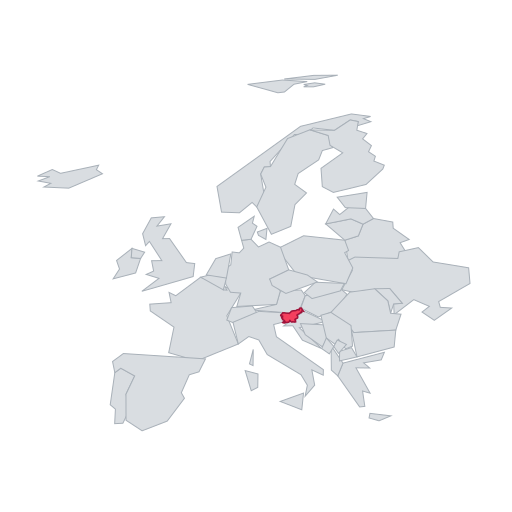 Europe, with Slovenia highlighted, rotated 355°
{"feature_id": "SVN", "entity_name": "Slovenia", "entity_type": "country or territory", "adm_level": 0, "iso_a3": "SVN", "parent_name": "Europe", "parent_adm1": "", "projection": "equal_earth", "projection_center": [14.844, 46.146], "detail": "fine", "context": "in_parent", "style": "filled", "palette": "rose", "viewbox_px": 512, "rotation_deg": 355, "n_neighbors": 37, "source": "natural_earth", "source_scale": "50m", "svg_char_len": 9022}
<svg xmlns="http://www.w3.org/2000/svg" viewBox="0 0 512 512"><g transform="rotate(355 256 256)"><path d="M262.6,84.3L297.6,83.0L322.2,86.7L308.8,88.2L298.6,95.1L292.0,95.3L262.6,84.3ZM382.1,132.2L367.7,135.2L369.6,131.0L361.7,128.7L345.1,137.7L324.0,133.4L316.2,139.2L304.9,138.3L278.2,163.1L278.2,168.2L272.0,168.1L267.8,174.8L269.6,197.3L261.0,207.2L256.8,202.3L243.3,211.5L225.5,209.3L223.2,183.3L311.7,130.7L363.4,122.8L382.3,127.0L375.0,128.5L382.1,132.2ZM353.2,83.0L330.0,85.2L299.6,82.1L329.1,81.1L353.2,83.0ZM339.9,90.9L327.9,92.5L318.2,91.6L321.9,90.6L318.5,89.3L329.6,88.6L339.9,90.9Z" fill="#d9dde1" stroke="#a8b0b8" stroke-width="1"/><path d="M199.0,272.3L237.6,291.6L221.7,313.0L230.7,342.1L187.8,355.3L160.6,344.7L168.1,319.7L145.9,301.5L146.0,294.7L167.4,295.1L166.2,284.7L172.6,288.6L199.0,272.3ZM240.1,362.9L245.1,348.8L243.5,364.9L240.1,362.9Z" fill="#d9dde1" stroke="#a8b0b8" stroke-width="1"/><path d="M261.0,207.2L271.9,188.3L267.8,174.8L272.0,168.1L278.2,168.2L297.7,141.7L320.6,135.0L338.4,142.2L341.7,154.8L331.3,156.7L326.8,165.7L305.2,177.5L300.8,188.0L311.8,197.6L299.3,208.2L293.2,229.5L273.2,235.7L261.0,207.2Z" fill="#d9dde1" stroke="#a8b0b8" stroke-width="1"/><path d="M376.3,228.9L395.2,234.1L395.1,240.3L410.0,252.9L400.7,255.3L405.0,263.8L397.1,270.8L347.3,268.5L345.8,248.0L359.7,244.9L365.4,233.6L376.3,228.9Z" fill="#d9dde1" stroke="#a8b0b8" stroke-width="1"/><path d="M435.1,323.2L446.4,324.9L428.0,335.6L416.5,326.3L424.3,321.3L409.4,313.2L388.5,326.5L389.0,315.7L397.6,315.9L386.3,300.0L359.0,303.5L338.5,297.1L350.7,278.8L347.3,268.5L354.4,265.7L397.1,270.8L399.0,264.3L418.5,261.8L431.9,277.4L466.8,286.3L466.8,302.0L434.0,317.3L435.1,323.2Z" fill="#d9dde1" stroke="#a8b0b8" stroke-width="1"/><path d="M345.8,248.0L348.7,258.6L344.6,260.4L351.4,276.3L343.2,291.5L295.6,278.8L280.8,256.1L281.2,249.4L305.2,240.0L345.8,248.0Z" fill="#d9dde1" stroke="#a8b0b8" stroke-width="1"/><path d="M301.6,299.9L294.7,313.4L284.6,315.8L247.0,309.4L272.2,306.0L277.2,292.9L298.1,293.8L301.6,299.9Z" fill="#d9dde1" stroke="#a8b0b8" stroke-width="1"/><path d="M338.5,297.1L343.3,302.1L331.5,316.9L312.8,322.2L296.1,311.8L301.6,299.9L338.5,297.1Z" fill="#d9dde1" stroke="#a8b0b8" stroke-width="1"/><path d="M371.4,299.0L386.3,300.0L397.6,315.9L389.0,315.7L385.1,324.8L383.4,312.2L371.4,299.0Z" fill="#d9dde1" stroke="#a8b0b8" stroke-width="1"/><path d="M385.1,324.8L395.4,326.6L388.8,342.0L346.7,340.8L325.7,318.7L346.3,300.2L371.4,299.0L383.4,312.2L385.1,324.8Z" fill="#d9dde1" stroke="#a8b0b8" stroke-width="1"/><path d="M365.4,233.6L359.7,244.9L345.8,248.0L328.2,230.1L353.8,227.3L365.4,233.6Z" fill="#d9dde1" stroke="#a8b0b8" stroke-width="1"/><path d="M369.3,218.2L376.3,228.9L365.4,233.6L353.8,227.3L328.2,230.1L337.3,216.0L343.0,222.0L354.8,214.2L369.3,218.2Z" fill="#d9dde1" stroke="#a8b0b8" stroke-width="1"/><path d="M372.2,202.3L369.3,218.2L349.2,215.6L342.0,204.5L372.2,202.3Z" fill="#d9dde1" stroke="#a8b0b8" stroke-width="1"/><path d="M281.2,249.4L287.4,272.7L267.6,280.2L277.2,292.9L272.2,306.0L232.5,304.6L237.6,291.6L227.4,289.9L223.4,281.5L223.9,266.0L230.1,262.7L232.6,249.9L239.6,251.4L244.5,247.1L243.0,239.1L252.5,238.9L259.2,247.2L270.2,243.2L281.2,249.4Z" fill="#d9dde1" stroke="#a8b0b8" stroke-width="1"/><path d="M344.4,336.8L346.7,340.8L388.8,342.0L385.7,358.7L347.8,365.3L344.4,336.8Z" fill="#d9dde1" stroke="#a8b0b8" stroke-width="1"/><path d="M376.4,427.0L364.2,430.9L354.5,427.2L355.8,422.7L376.4,427.0ZM333.3,370.3L375.5,363.1L371.7,370.4L353.9,371.8L359.5,377.5L345.8,376.1L357.7,402.6L350.4,399.8L351.3,415.3L346.1,415.4L327.0,382.5L333.3,370.3Z" fill="#d9dde1" stroke="#a8b0b8" stroke-width="1"/><path d="M333.3,370.3L327.0,382.5L321.1,376.2L323.0,351.9L333.3,370.3Z" fill="#d9dde1" stroke="#a8b0b8" stroke-width="1"/><path d="M298.8,315.1L319.8,327.2L292.9,331.2L313.4,354.0L294.9,343.9L286.6,328.7L277.4,328.1L298.8,315.1Z" fill="#d9dde1" stroke="#a8b0b8" stroke-width="1"/><path d="M248.0,305.5L253.3,315.3L230.3,322.0L221.3,317.3L227.2,305.3L248.0,305.5Z" fill="#d9dde1" stroke="#a8b0b8" stroke-width="1"/><path d="M221.5,281.8L224.1,287.5L220.5,286.9L221.5,281.8Z" fill="#d9dde1" stroke="#a8b0b8" stroke-width="1"/><path d="M224.6,275.4L220.5,286.9L199.0,272.3L216.6,269.4L224.6,275.4Z" fill="#d9dde1" stroke="#a8b0b8" stroke-width="1"/><path d="M231.1,251.7L224.6,275.4L204.8,270.5L215.7,255.1L231.1,251.7Z" fill="#d9dde1" stroke="#a8b0b8" stroke-width="1"/><path d="M105.2,359.9L111.5,356.0L124.7,364.9L114.4,382.4L116.4,398.3L108.8,411.0L100.6,410.7L102.6,396.3L97.8,391.5L105.2,359.9Z" fill="#d9dde1" stroke="#a8b0b8" stroke-width="1"/><path d="M112.2,408.3L114.4,382.4L124.7,364.9L111.5,356.0L105.2,359.9L103.9,348.6L115.4,341.6L196.7,354.1L189.1,366.4L179.2,368.5L169.7,385.7L172.3,391.5L153.2,412.7L127.3,420.2L112.2,408.3Z" fill="#d9dde1" stroke="#a8b0b8" stroke-width="1"/><path d="M140.8,248.4L134.6,262.4L111.7,266.3L118.9,257.1L116.7,248.3L133.1,237.6L131.6,246.8L140.8,248.4Z" fill="#d9dde1" stroke="#a8b0b8" stroke-width="1"/><path d="M254.0,311.4L278.6,315.0L279.5,323.8L267.6,325.8L269.3,338.2L313.2,375.1L312.6,380.6L301.7,374.3L303.2,389.8L292.7,400.0L295.9,389.2L290.5,378.2L258.6,355.2L251.5,339.9L241.8,335.6L230.7,342.1L227.3,320.0L254.0,311.4ZM267.4,403.0L291.4,396.7L288.2,413.2L267.4,403.0ZM235.2,369.2L247.7,373.7L246.3,387.0L239.5,389.8L235.2,369.2Z" fill="#d9dde1" stroke="#a8b0b8" stroke-width="1"/><path d="M252.5,238.9L243.0,239.1L240.6,225.9L257.7,216.2L255.3,223.0L259.6,226.5L252.5,238.9ZM269.4,229.4L267.3,240.4L260.3,235.7L259.4,232.2L269.4,229.4Z" fill="#d9dde1" stroke="#a8b0b8" stroke-width="1"/><path d="M140.8,248.4L131.6,246.8L133.1,237.6L145.4,242.5L140.8,248.4ZM161.8,252.4L151.1,232.2L146.9,236.1L145.0,223.9L155.0,208.9L168.2,208.9L159.9,217.6L174.1,216.5L164.4,230.6L171.4,231.1L186.1,256.5L194.3,258.2L191.6,271.0L139.2,281.2L157.4,269.8L145.0,264.8L152.7,262.1L151.6,251.6L161.8,252.4Z" fill="#d9dde1" stroke="#a8b0b8" stroke-width="1"/><path d="M107.2,151.8L104.5,156.1L110.2,160.7L75.4,172.1L50.7,168.8L57.9,165.7L45.6,162.3L57.5,159.0L45.2,157.4L60.6,152.1L68.5,156.6L107.2,151.8Z" fill="#d9dde1" stroke="#a8b0b8" stroke-width="1"/><path d="M369.6,131.0L367.4,139.5L377.2,143.7L372.4,148.6L380.6,156.1L377.2,161.9L383.6,167.1L381.7,171.7L391.7,176.7L389.9,180.4L371.9,194.3L338.6,199.4L328.1,192.7L328.4,174.3L351.4,160.8L339.4,152.2L338.4,142.2L320.6,135.0L345.1,137.7L361.7,128.7L369.6,131.0Z" fill="#d9dde1" stroke="#a8b0b8" stroke-width="1"/><path d="M341.6,291.0L337.0,298.1L308.1,303.3L300.9,296.7L312.8,287.3L341.6,291.0Z" fill="#d9dde1" stroke="#a8b0b8" stroke-width="1"/><path d="M287.4,272.7L305.5,279.4L314.9,287.2L282.5,295.9L269.5,286.8L267.6,280.2L287.4,272.7Z" fill="#d9dde1" stroke="#a8b0b8" stroke-width="1"/><path d="M314.2,352.3L298.2,338.7L294.4,327.2L319.7,330.8L320.7,343.3L314.2,352.3Z" fill="#d9dde1" stroke="#a8b0b8" stroke-width="1"/><path d="M343.1,355.6L347.8,365.3L330.0,367.8L331.0,358.2L343.1,355.6Z" fill="#d9dde1" stroke="#a8b0b8" stroke-width="1"/><path d="M315.5,320.7L325.7,318.7L344.6,333.5L344.3,354.2L337.1,356.3L331.0,346.2L326.9,350.7L318.9,343.8L315.5,320.7Z" fill="#d9dde1" stroke="#a8b0b8" stroke-width="1"/><path d="M325.6,352.9L320.5,359.9L313.4,354.0L318.9,343.8L325.6,352.9Z" fill="#d9dde1" stroke="#a8b0b8" stroke-width="1"/><path d="M329.7,360.2L325.6,352.9L329.6,346.8L338.4,352.0L329.7,360.2Z" fill="#d9dde1" stroke="#a8b0b8" stroke-width="1"/><path d="M298.4,315.1L297.8,314.9L297.0,314.8L296.8,314.9L296.5,315.1L296.4,315.3L296.5,316.2L296.3,316.3L295.4,316.2L295.1,316.4L294.7,317.0L294.2,317.2L293.5,317.4L293.1,317.7L292.5,317.9L292.0,318.0L291.8,318.2L291.7,318.5L291.7,318.8L292.2,319.4L292.3,320.0L292.2,320.8L292.1,321.2L291.9,321.5L290.7,321.8L289.4,322.4L289.3,322.6L289.9,323.1L289.9,323.3L289.5,323.6L289.4,323.9L289.5,324.3L289.7,324.6L289.8,325.0L289.1,325.2L288.1,325.1L287.0,324.7L286.6,324.7L286.2,325.0L285.8,324.9L285.3,324.6L284.7,324.0L284.4,323.6L284.3,323.2L284.1,323.1L283.9,323.3L283.7,323.7L283.1,324.6L282.7,324.8L282.0,324.8L281.1,324.8L280.6,324.9L279.9,324.6L279.7,324.6L279.7,324.8L279.4,325.1L279.0,325.3L277.1,324.9L276.8,324.5L277.2,324.3L277.9,323.8L278.3,323.9L278.8,323.8L279.0,323.6L278.7,322.9L277.9,322.2L277.5,321.9L276.9,321.7L277.1,320.2L276.3,320.1L276.2,320.0L276.1,319.8L276.2,319.5L276.6,319.0L277.1,318.6L277.3,318.4L277.3,318.2L276.6,318.0L276.2,317.8L275.9,317.8L275.7,317.9L275.5,317.7L275.4,317.4L275.6,316.9L276.1,316.4L276.8,315.9L277.3,315.6L277.6,315.5L277.8,314.9L278.1,315.0L278.7,315.0L279.4,315.1L280.1,315.3L280.7,315.5L281.9,315.7L283.0,315.8L283.4,315.9L283.7,315.9L284.0,316.1L284.3,315.7L285.0,315.5L285.5,315.1L285.9,314.7L286.1,314.4L286.5,314.1L286.9,314.1L287.3,313.9L288.9,313.8L290.5,313.9L291.3,313.7L291.9,313.3L292.9,313.1L294.3,313.5L294.4,313.3L294.5,313.2L294.5,312.3L294.9,311.9L295.3,311.7L296.7,311.8L296.9,312.0L297.0,312.5L297.1,313.0L297.3,313.2L297.4,313.4L297.4,313.8L297.7,314.1L298.3,314.9L298.4,315.1Z" fill="#f43f5e" stroke="#9f1239" stroke-width="1.5"/></g></svg>